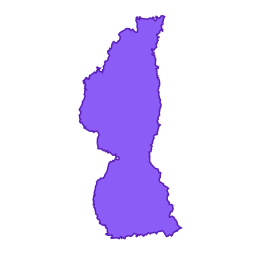 Piratini, Rio Grande do Sul, Brazil, rotated 357°
{"feature_id": "56859067B24745919353096", "entity_name": "Piratini", "entity_type": "district", "adm_level": 2, "iso_a3": "BRA", "parent_name": "Brazil", "parent_adm1": "Rio Grande do Sul", "projection": "equal_earth", "projection_center": [-53.097, -31.406], "detail": "fine", "context": "isolated", "style": "filled", "palette": "violet", "viewbox_px": 256, "rotation_deg": 357, "n_neighbors": 0, "source": "geoboundaries", "source_scale": "gbopen_adm2", "svg_char_len": 5841}
<svg xmlns="http://www.w3.org/2000/svg" viewBox="0 0 256 256"><g transform="rotate(357 128 128)"><path d="M169.4,18.0L167.1,17.7L166.0,19.2L164.3,19.9L163.7,19.7L162.7,18.2L162.0,18.0L161.6,18.9L162.2,21.3L161.4,22.2L160.8,22.3L160.2,21.9L159.6,20.9L159.6,18.9L158.7,18.7L157.7,20.2L156.1,19.3L152.4,20.4L149.8,19.7L148.1,19.6L146.7,18.9L145.8,17.7L144.9,17.9L145.0,18.7L145.6,19.4L144.8,20.5L143.5,19.5L142.9,17.7L142.0,18.2L142.2,19.7L141.6,20.5L141.6,21.2L142.8,24.5L142.3,27.2L142.8,29.4L142.5,32.4L142.1,32.8L140.6,32.7L139.5,31.9L138.2,29.9L137.6,29.6L137.0,30.6L136.4,30.8L135.4,29.9L134.8,29.9L134.7,28.8L133.1,29.0L132.3,28.6L131.3,28.6L130.2,29.7L125.4,32.1L123.8,33.6L123.8,34.6L125.2,36.8L124.0,40.3L122.9,40.5L121.1,42.5L119.8,42.3L118.7,41.2L118.0,41.0L116.3,43.6L116.3,44.4L115.8,45.5L115.7,47.6L114.4,48.1L114.0,47.7L113.5,49.9L112.3,49.6L111.7,50.7L112.1,51.8L111.9,52.5L113.2,54.0L113.4,55.0L112.1,56.5L111.4,59.0L110.2,59.9L108.9,60.0L108.1,60.8L108.6,61.5L107.9,64.0L106.6,65.0L106.9,67.5L106.6,68.3L105.7,68.5L105.9,70.0L105.2,71.4L104.6,70.3L102.7,70.1L102.1,68.4L103.3,66.9L102.6,67.0L100.5,65.5L100.1,65.8L100.2,66.5L101.2,67.8L99.8,69.0L100.0,70.2L99.1,71.2L98.5,71.4L97.8,70.3L93.6,73.3L92.4,73.5L91.9,75.5L92.3,76.2L91.2,77.4L90.5,77.3L90.4,76.3L89.6,76.4L89.3,75.6L88.3,75.7L88.4,76.8L87.4,77.3L87.1,78.3L86.3,78.1L85.8,78.5L85.7,79.3L86.7,79.5L87.2,80.0L86.3,80.3L86.2,81.4L87.8,81.8L87.7,83.9L87.0,84.0L87.2,85.2L86.8,86.1L87.9,86.6L88.4,87.6L87.3,87.5L86.8,87.9L86.8,90.0L86.0,92.3L86.7,92.9L86.7,94.4L86.1,95.4L85.9,96.9L84.7,98.2L83.6,100.4L83.9,101.1L83.7,101.8L80.4,107.0L80.6,108.0L81.4,108.4L81.6,110.6L81.4,111.5L80.1,112.5L80.4,116.0L81.2,116.9L80.6,117.2L80.0,119.1L80.6,119.6L80.8,120.4L82.1,120.1L84.2,124.1L84.2,125.4L85.4,124.6L85.8,125.7L85.4,126.3L88.5,128.5L89.8,129.2L91.2,129.1L92.3,129.7L92.8,129.2L93.6,130.3L93.9,129.8L94.4,130.2L96.2,129.3L98.0,130.9L98.8,133.4L97.0,136.7L96.6,141.1L96.7,142.9L97.2,145.0L96.9,146.6L97.3,147.2L100.4,147.3L100.8,148.2L102.4,149.3L102.9,148.9L103.5,149.1L104.3,150.4L106.4,149.7L106.3,151.4L106.9,151.8L107.9,151.3L108.6,151.3L111.6,154.4L112.4,154.5L114.4,153.6L114.2,155.0L114.6,156.7L116.0,155.9L117.4,157.0L117.6,158.0L117.0,159.0L115.6,159.1L114.0,157.6L112.2,160.4L111.1,159.8L110.9,160.5L109.5,161.0L108.9,160.6L107.9,161.3L107.0,162.7L104.9,169.9L104.2,171.4L103.3,172.3L102.4,173.9L101.8,175.4L100.4,177.0L98.3,176.6L96.5,178.3L95.4,178.3L94.6,179.3L93.7,180.6L94.0,181.1L93.7,182.9L92.6,184.4L92.0,187.9L90.9,190.7L91.0,191.5L91.6,192.3L91.2,194.0L90.5,193.4L89.4,198.1L90.1,198.6L90.1,199.3L89.6,200.2L90.1,201.0L89.3,202.7L90.2,202.8L89.9,205.4L90.6,205.9L90.5,206.8L91.2,207.2L90.9,208.8L91.5,210.7L91.2,211.8L91.9,212.8L93.0,213.4L93.0,214.7L92.3,216.0L93.2,217.5L94.0,217.6L95.4,220.5L94.5,221.3L94.7,221.9L95.7,222.2L97.9,223.9L99.0,223.3L99.7,223.9L100.4,223.8L100.6,224.5L100.2,225.4L100.9,225.9L100.9,226.8L101.5,226.8L102.1,227.6L101.9,229.9L102.4,232.1L100.4,232.6L100.6,233.3L103.1,234.2L106.3,234.0L106.7,235.7L105.4,236.4L105.6,237.3L111.0,237.0L113.4,238.0L114.7,236.3L115.5,236.1L115.4,236.9L115.8,237.8L116.9,237.1L118.8,238.3L119.4,238.0L119.8,236.5L122.4,235.6L125.4,236.3L127.5,234.8L128.4,233.6L128.9,233.6L130.9,234.7L130.5,236.5L131.1,236.9L131.6,236.5L132.1,235.1L132.8,235.1L133.7,235.9L134.8,235.0L136.1,235.0L137.7,236.8L138.3,236.6L139.1,235.4L139.8,235.3L140.5,235.7L141.1,235.4L142.7,233.7L144.6,234.9L145.6,234.1L149.5,233.6L150.9,235.0L152.6,233.1L153.6,232.7L154.9,233.0L156.7,232.3L157.3,232.5L158.4,234.0L160.7,238.3L162.1,238.2L163.7,236.7L164.5,237.2L165.3,236.9L165.8,238.0L167.0,236.9L167.8,234.6L169.9,234.0L170.9,233.0L171.6,233.6L173.0,231.7L176.0,230.6L173.7,228.9L172.5,227.3L172.1,226.7L172.3,225.6L171.7,223.8L171.3,223.5L171.1,222.6L169.8,221.5L169.7,220.4L169.0,219.4L167.1,218.3L165.5,219.2L164.7,219.2L164.6,217.8L165.4,216.4L166.0,214.0L167.5,213.9L168.8,211.3L168.5,209.4L168.7,207.9L168.0,207.1L166.4,206.5L165.5,206.6L165.1,205.7L165.4,204.6L163.5,202.2L163.3,199.5L164.0,198.2L164.1,197.0L164.9,197.1L165.1,196.4L163.7,192.7L164.0,191.7L165.2,190.6L164.5,189.6L160.5,187.1L160.5,185.7L157.3,183.7L156.5,182.4L156.6,180.5L157.7,178.7L157.6,177.2L158.4,174.5L157.9,174.1L156.5,174.0L155.9,170.7L152.8,169.6L149.0,165.0L148.9,163.9L147.8,163.0L148.2,157.8L147.6,157.6L148.0,156.9L148.3,154.7L147.6,153.6L147.9,153.0L149.4,152.9L149.8,152.3L150.3,150.5L150.4,148.7L151.1,147.5L150.4,146.6L149.6,146.2L151.0,145.4L151.8,144.0L152.0,143.3L151.7,142.5L152.7,140.9L152.8,140.2L153.5,139.5L153.1,138.3L153.2,137.4L154.9,135.8L155.4,136.3L156.6,136.0L157.1,135.4L156.7,133.8L157.5,132.9L157.5,132.0L158.3,130.4L158.2,129.5L159.4,127.5L160.1,127.1L160.2,126.3L159.4,126.0L158.7,126.4L158.0,123.6L157.4,123.3L158.0,121.6L158.6,121.1L158.5,118.9L160.3,116.6L160.0,115.9L160.1,113.9L160.5,112.9L160.3,111.8L161.1,110.6L161.1,109.8L162.1,107.8L162.1,105.9L161.4,104.3L161.4,103.2L161.8,102.2L161.4,101.5L161.7,100.9L160.6,99.3L161.0,98.4L160.4,96.7L160.8,93.7L160.2,93.7L159.9,92.8L159.9,92.0L160.7,90.1L160.8,88.8L161.3,88.2L161.4,87.2L161.8,86.8L161.9,83.3L161.5,81.1L160.6,80.4L161.0,79.2L159.9,79.2L159.8,78.3L160.4,77.3L159.7,77.0L159.5,76.3L159.9,75.5L159.6,73.7L159.9,72.6L159.1,70.3L159.6,70.0L161.1,70.2L161.5,68.5L159.2,67.2L158.5,66.3L159.3,60.6L158.7,59.8L158.3,57.8L158.4,56.7L156.4,56.5L155.8,55.6L157.2,55.5L158.0,54.7L157.8,53.7L156.9,53.6L155.6,51.0L155.8,50.4L156.4,50.4L157.5,51.4L158.2,51.4L159.1,50.0L160.8,48.8L160.4,45.4L161.6,44.6L161.7,42.9L162.7,42.1L161.9,40.7L162.4,39.6L163.5,39.4L163.7,38.8L162.4,38.3L161.5,36.1L163.0,35.8L163.5,35.0L164.6,34.4L164.9,32.7L165.9,32.0L167.6,33.0L167.8,31.5L166.5,30.0L166.9,28.6L166.4,27.7L167.1,26.6L168.1,26.5L168.4,25.1L167.9,24.3L168.8,22.7L169.3,20.5L170.4,18.8L169.4,18.0Z" fill="#8b5cf6" stroke="#5b21b6" stroke-width="1.5"/></g></svg>